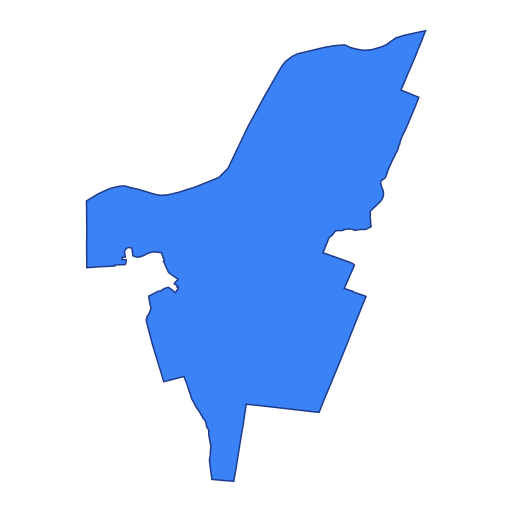 Crivat, Giurgiu, Romania
{"feature_id": "2599482B25594026358369", "entity_name": "Crivat", "entity_type": "district", "adm_level": 2, "iso_a3": "ROU", "parent_name": "Romania", "parent_adm1": "Giurgiu", "projection": "natural_earth1", "projection_center": [26.439, 44.187], "detail": "fine", "context": "isolated", "style": "filled", "palette": "blue", "viewbox_px": 512, "rotation_deg": 0, "n_neighbors": 0, "source": "geoboundaries", "source_scale": "gbopen_adm2", "svg_char_len": 3783}
<svg xmlns="http://www.w3.org/2000/svg" viewBox="0 0 512 512"><path d="M319.4,411.5L320.4,409.1L324.6,398.5L327.7,391.1L331.5,382.1L332.8,378.8L336.7,369.4L341.3,358.2L353.5,327.6L366.0,296.4L353.0,291.8L352.9,291.3L344.2,288.5L354.4,265.3L353.9,264.5L353.5,264.1L352.9,263.7L349.2,262.0L342.0,259.5L329.1,254.9L325.3,253.6L323.0,252.9L329.1,237.5L329.6,237.2L331.5,235.9L332.8,234.4L334.7,231.9L335.7,231.0L336.8,230.6L337.5,230.6L341.0,230.6L343.5,230.2L345.2,229.2L351.5,229.0L354.0,230.1L355.6,230.3L356.9,230.0L358.0,229.7L361.6,229.4L363.9,229.6L365.7,229.3L369.0,227.8L371.2,226.7L370.7,223.5L370.5,219.1L370.1,216.4L370.3,214.5L370.3,212.5L370.3,211.2L372.1,209.4L375.7,206.1L380.4,201.5L382.1,199.2L383.5,195.6L383.4,191.3L381.4,186.3L380.9,184.1L380.8,183.1L380.8,182.2L381.0,181.2L381.3,180.6L382.8,179.6L384.2,178.6L385.1,177.9L385.5,177.4L386.1,175.7L387.8,171.1L387.8,170.3L388.3,169.5L389.5,166.9L391.8,161.5L392.8,159.3L393.6,158.0L394.6,156.0L395.6,153.5L396.1,152.9L396.5,152.5L396.7,152.0L397.2,150.8L398.1,148.9L398.3,148.2L398.5,146.9L398.9,145.6L399.2,144.9L399.7,144.2L400.0,142.7L400.1,141.7L400.6,140.2L401.2,138.7L401.7,137.5L402.2,136.4L402.6,135.3L404.2,132.3L408.1,123.7L408.5,122.6L411.7,114.8L415.6,105.7L416.8,102.6L417.4,101.1L418.8,97.3L401.0,90.1L401.1,89.8L402.0,87.7L402.6,86.3L405.6,79.2L407.6,74.3L410.0,68.9L412.4,63.4L415.1,56.8L416.0,54.8L417.4,51.0L420.7,43.1L421.6,41.0L423.3,36.4L425.5,30.7L423.9,31.1L422.7,31.3L421.2,31.6L405.8,34.9L400.9,36.3L396.0,37.8L386.3,44.7L381.4,46.9L371.6,49.7L363.9,50.3L357.4,49.3L350.6,47.6L344.8,44.9L334.8,45.6L324.7,47.3L297.5,53.8L292.2,56.4L285.8,61.2L282.1,65.7L278.8,71.3L275.5,77.0L265.1,95.1L247.9,126.7L236.6,150.3L228.0,168.4L218.7,177.5L202.7,184.0L195.5,186.9L179.9,191.9L178.9,192.2L177.8,192.5L169.6,194.4L167.6,194.9L166.5,194.9L161.4,195.3L160.3,195.2L156.8,194.7L152.8,193.7L151.5,193.3L139.3,189.6L130.3,187.5L125.1,186.0L120.1,186.1L111.7,188.0L109.3,188.9L104.0,191.1L97.9,194.0L91.0,198.2L90.0,198.8L86.5,200.9L86.8,231.1L86.6,245.0L86.8,267.7L100.8,266.7L114.8,266.0L114.8,265.0L118.1,264.8L122.8,264.7L124.3,264.6L125.1,264.6L125.3,264.2L125.7,263.5L126.0,262.5L126.1,261.9L126.2,260.6L126.0,259.6L122.3,259.7L122.3,257.2L125.4,257.0L125.0,254.8L124.4,252.1L124.8,250.7L125.5,249.3L127.0,248.1L128.5,247.6L129.3,247.5L131.6,248.1L132.0,249.3L133.0,255.9L134.7,256.4L136.5,257.1L137.9,257.2L139.6,256.9L141.3,256.4L142.4,256.1L144.0,255.4L145.8,254.3L147.0,253.9L148.5,253.1L149.4,252.8L153.6,251.8L157.9,252.3L160.7,252.5L161.3,252.6L161.4,253.1L162.7,255.9L163.4,257.6L163.2,257.7L163.3,257.8L164.6,260.6L163.4,261.1L166.0,266.8L167.5,270.1L168.5,272.3L172.5,275.4L178.1,279.2L178.0,279.5L174.7,282.8L174.5,283.1L174.4,283.5L174.4,283.9L174.6,284.1L175.3,284.5L176.2,284.9L177.0,285.4L177.4,285.7L177.6,285.9L177.2,286.4L176.8,286.9L177.5,287.3L178.1,287.7L178.3,287.8L178.6,287.9L176.9,290.3L175.3,292.7L175.1,292.5L174.9,292.3L174.1,291.6L172.7,290.4L168.5,287.4L168.0,287.4L167.6,287.5L165.0,288.3L164.2,288.7L163.4,289.0L162.7,289.5L161.4,290.7L158.2,291.3L155.0,292.9L148.7,296.1L149.0,298.9L150.1,304.3L150.7,306.8L150.9,307.8L150.8,309.2L149.2,313.1L148.8,314.3L147.1,316.3L146.4,319.7L146.2,320.5L152.4,344.4L163.8,381.7L168.5,380.5L184.0,376.5L186.8,383.8L191.3,397.4L191.3,398.2L193.4,401.8L196.2,407.1L199.7,412.2L202.8,417.7L204.8,420.3L205.7,421.6L206.2,424.5L206.6,426.7L208.3,429.5L208.8,430.3L208.7,433.6L209.2,437.3L210.1,442.0L211.0,446.7L210.4,451.0L210.2,456.2L209.4,459.8L209.9,464.6L211.9,479.4L215.3,479.7L222.8,480.4L233.8,481.3L234.0,480.0L234.1,478.6L234.7,476.0L235.8,469.8L239.5,446.5L242.0,431.2L243.0,426.0L244.7,414.5L245.3,410.1L246.3,404.2L260.7,405.7L316.4,412.1L319.0,412.4L319.4,411.5Z" fill="#3b82f6" stroke="#1e3a8a" stroke-width="1.5"/></svg>